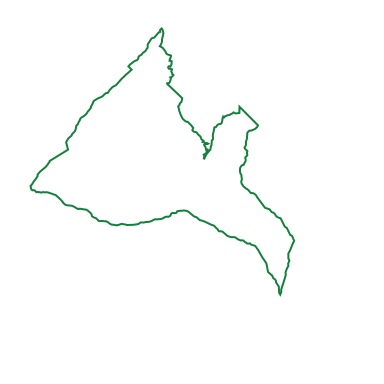 outline of Vazquez de Coronado, San José, Costa Rica, rotated 131°
{"feature_id": "36466004B47934258203273", "entity_name": "Vazquez de Coronado", "entity_type": "district", "adm_level": 2, "iso_a3": "CRI", "parent_name": "Costa Rica", "parent_adm1": "San José", "projection": "orthographic", "projection_center": [-83.961, 10.077], "detail": "fine", "context": "isolated", "style": "outline", "palette": "green", "viewbox_px": 384, "rotation_deg": 131, "n_neighbors": 0, "source": "geoboundaries", "source_scale": "gbopen_adm2", "svg_char_len": 6094}
<svg xmlns="http://www.w3.org/2000/svg" viewBox="0 0 384 384"><g transform="rotate(131 192 192)"><path d="M191.2,109.0L192.4,103.8L195.2,96.0L196.9,89.4L198.2,87.6L202.5,82.1L202.5,76.6L203.7,74.1L203.5,71.7L204.1,70.1L205.1,69.2L206.4,64.5L210.9,60.1L211.5,58.1L208.8,59.1L207.2,60.6L204.5,61.8L202.0,62.8L193.4,66.6L191.2,68.7L187.7,70.1L184.5,70.8L183.2,72.3L179.8,73.6L179.0,75.6L175.1,79.0L172.1,79.6L164.7,82.1L161.9,82.8L159.4,87.8L160.0,89.6L156.9,96.9L157.3,99.2L153.7,107.8L154.5,109.7L155.0,111.3L154.9,113.0L154.1,115.6L154.2,116.8L154.9,118.7L154.2,122.2L156.0,126.5L153.1,139.9L152.4,141.5L152.4,143.5L152.6,144.6L153.2,145.7L153.4,146.1L153.6,146.1L154.2,147.0L154.0,148.5L153.6,150.2L153.6,152.2L153.9,153.2L154.0,156.9L153.8,157.9L153.4,158.5L153.3,159.6L152.4,161.1L151.6,161.8L149.9,162.5L148.7,163.7L148.1,164.6L146.9,165.7L146.5,166.6L146.3,167.5L146.0,168.0L144.6,169.7L142.8,171.1L142.3,171.4L141.3,171.7L140.5,171.8L139.4,171.8L138.4,171.5L137.8,170.9L137.4,170.8L136.9,171.1L133.4,171.9L132.3,172.7L131.5,174.0L130.9,174.5L128.3,174.3L127.6,174.6L127.1,175.5L126.5,176.1L126.1,176.5L124.8,177.0L124.7,178.3L124.6,180.1L124.4,180.9L123.8,181.6L122.7,181.7L121.3,182.1L120.0,183.1L118.4,184.4L115.5,185.6L114.4,186.6L112.2,188.1L111.6,188.8L110.7,189.1L108.8,189.1L108.1,188.9L107.5,188.4L107.0,187.8L105.9,187.1L103.3,185.9L100.6,185.4L98.4,185.9L96.5,212.1L101.3,208.1L103.7,210.2L104.1,210.6L104.4,211.5L104.6,212.8L106.2,213.1L109.3,214.3L110.4,215.2L113.0,216.7L114.5,216.6L115.0,216.8L115.1,217.1L114.8,217.9L115.8,217.6L118.7,215.7L120.5,214.9L121.8,215.0L122.9,216.0L124.1,216.7L125.6,216.7L127.1,216.5L128.5,217.5L131.5,215.7L134.7,214.1L136.5,212.7L137.4,211.6L138.2,210.9L138.5,210.8L139.7,210.8L140.5,210.6L141.3,209.9L143.8,208.1L146.0,207.2L148.2,205.9L150.0,206.0L153.8,205.9L156.7,205.3L158.0,204.9L158.5,204.6L158.8,204.6L158.8,205.2L158.1,205.4L157.4,206.1L156.5,206.3L156.1,207.6L153.5,206.8L151.7,206.8L150.0,207.4L149.7,207.8L149.8,208.4L151.1,208.7L149.2,211.4L149.0,211.9L148.8,213.2L148.4,213.8L147.2,213.5L145.5,211.7L144.9,211.5L145.1,212.4L146.3,214.3L147.2,216.6L146.2,216.4L145.8,216.6L146.0,218.5L146.0,219.5L144.9,221.4L144.6,222.3L144.6,225.1L144.0,227.6L144.2,228.3L145.3,230.2L145.3,231.8L145.0,232.4L143.4,232.8L142.7,233.3L142.6,234.6L142.3,235.6L141.8,241.3L142.6,242.3L142.9,243.5L142.9,246.5L142.6,247.8L140.8,251.9L139.9,253.2L139.2,254.8L138.1,256.1L136.5,258.5L134.3,258.6L133.3,259.2L130.6,259.2L127.6,260.9L126.7,281.7L126.4,282.0L126.1,282.1L124.8,280.8L123.8,280.9L121.9,281.5L120.3,282.4L120.5,282.2L120.3,282.3L120.0,282.7L119.7,283.6L118.7,282.8L116.0,282.7L116.0,284.3L115.4,284.8L114.6,286.8L113.8,287.2L112.8,287.3L112.6,287.5L112.8,288.4L113.1,289.1L114.1,290.2L113.9,291.3L113.6,291.7L113.2,292.0L112.7,292.0L112.1,291.8L111.7,291.3L111.4,290.6L109.2,291.2L107.7,292.3L107.0,292.7L106.7,293.0L106.7,293.6L107.7,295.0L106.1,295.8L106.1,296.0L103.1,296.9L102.8,297.3L103.0,298.0L103.9,299.8L104.3,301.1L104.3,302.4L103.5,303.9L103.2,304.7L102.7,307.5L102.5,308.0L102.5,309.2L103.1,311.9L102.0,312.0L99.0,312.9L98.2,313.3L96.3,314.9L95.1,315.4L94.1,316.1L93.0,316.4L91.2,317.6L90.0,318.9L88.7,321.1L88.4,321.9L88.5,322.3L90.9,322.3L92.0,321.0L92.8,321.4L93.2,321.8L100.3,321.8L101.6,322.8L102.2,323.1L103.2,323.2L109.4,322.3L110.4,321.8L111.5,320.6L112.4,320.1L113.7,320.1L114.7,319.7L116.6,319.7L119.1,320.4L121.6,320.2L122.8,320.7L124.2,321.0L125.2,321.0L125.9,320.6L126.5,320.1L127.0,319.9L128.5,320.0L131.3,321.4L134.2,321.9L136.2,322.4L138.9,322.4L139.3,317.8L139.6,317.8L140.4,318.0L143.7,318.3L146.9,318.9L149.4,319.0L152.7,319.4L161.1,319.4L162.5,319.9L164.4,320.7L165.7,320.9L169.5,321.0L171.1,320.7L172.5,320.6L173.9,321.8L176.0,322.2L177.5,322.2L179.7,322.7L183.2,324.5L187.9,325.9L190.8,324.9L193.5,324.3L194.5,323.7L196.1,323.4L199.7,323.4L201.9,323.0L202.9,323.0L205.6,323.4L208.7,324.4L210.0,324.4L211.7,323.7L213.6,323.4L215.8,322.6L216.9,322.8L218.1,322.7L220.4,321.2L222.8,320.3L227.2,320.4L228.5,319.9L232.8,320.5L237.0,319.7L241.4,313.3L262.0,319.8L262.9,319.2L264.7,319.2L266.3,318.9L269.5,318.9L276.0,320.0L280.1,320.0L281.3,318.9L285.5,318.4L287.5,318.4L290.9,317.8L293.5,317.8L295.6,314.6L295.2,313.2L294.5,312.8L294.0,311.8L294.2,309.7L294.1,309.1L293.5,308.9L293.0,308.4L292.6,307.4L292.1,306.9L292.1,306.6L291.7,306.1L291.5,305.5L289.9,304.5L289.1,303.1L287.7,301.8L286.9,300.5L284.9,295.8L284.7,294.9L283.7,293.0L284.0,285.0L284.2,284.1L284.2,283.3L284.5,282.9L284.5,282.3L284.7,281.9L284.7,279.3L284.2,278.0L283.4,276.7L281.5,274.2L281.0,273.1L280.2,270.2L280.2,269.4L279.6,266.7L279.1,266.3L278.9,266.3L278.5,266.1L278.2,265.7L277.1,264.0L277.0,263.6L276.8,263.4L276.0,262.2L275.8,262.0L274.7,260.1L274.4,258.9L274.4,254.2L274.7,253.3L275.8,251.7L275.9,251.2L275.7,249.7L274.8,247.4L274.8,245.0L275.1,243.8L274.5,242.6L272.6,240.5L271.4,238.7L270.8,238.1L270.4,237.5L270.4,237.0L270.1,236.5L269.9,235.5L269.9,233.7L269.5,231.7L269.2,231.2L268.7,230.3L268.2,229.8L267.1,227.8L266.9,227.6L266.5,226.8L265.6,226.4L265.0,225.8L262.3,224.3L260.0,220.5L259.8,219.8L258.6,218.2L257.6,217.4L256.7,216.3L256.0,215.6L255.5,214.9L254.2,213.9L253.3,213.0L251.5,211.6L250.7,211.2L249.3,211.0L248.6,210.7L246.7,208.4L245.1,207.3L242.7,204.9L240.9,203.7L237.5,202.4L236.7,201.9L235.7,200.5L232.8,197.8L231.4,196.9L231.1,196.9L230.9,196.7L229.1,196.1L228.1,195.6L227.0,194.8L226.4,193.7L225.9,193.4L224.6,192.9L223.8,192.9L222.0,193.4L221.4,193.4L220.7,193.0L220.2,192.6L220.0,192.0L218.5,190.4L218.0,190.2L217.4,190.2L216.6,190.6L216.1,190.4L213.8,188.5L212.8,187.3L211.4,186.2L209.9,183.9L209.6,183.2L209.2,181.1L209.1,174.9L208.9,174.0L208.1,172.1L208.1,167.6L207.2,166.0L205.9,162.7L204.0,155.7L203.0,153.6L203.0,152.1L203.3,150.7L203.3,148.5L203.4,147.7L203.9,146.6L203.9,145.9L203.7,145.5L202.7,144.5L201.9,142.9L201.9,136.6L201.0,134.1L200.4,133.0L200.3,132.7L198.9,131.2L197.8,129.4L197.5,125.9L197.0,124.8L196.7,123.5L195.6,122.5L195.2,121.9L194.9,121.2L195.0,118.7L194.7,118.1L194.7,116.6L194.1,115.7L192.8,114.6L192.9,112.7L191.2,109.0Z" fill="none" stroke="#15803d" stroke-width="2"/></g></svg>